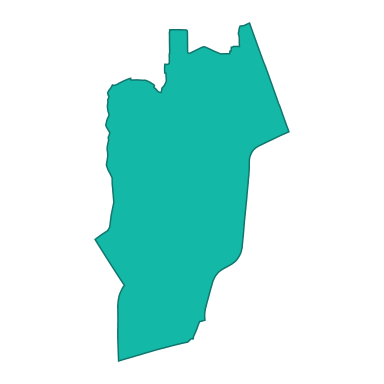 Oshodi/Isolo, Lagos, Nigeria (Robinson projection)
{"feature_id": "59680162B18924931802221", "entity_name": "Oshodi/Isolo", "entity_type": "district", "adm_level": 2, "iso_a3": "NGA", "parent_name": "Nigeria", "parent_adm1": "Lagos", "projection": "robinson", "projection_center": [3.31, 6.537], "detail": "fine", "context": "isolated", "style": "filled", "palette": "teal", "viewbox_px": 384, "rotation_deg": 0, "n_neighbors": 0, "source": "geoboundaries", "source_scale": "gbopen_adm2", "svg_char_len": 4108}
<svg xmlns="http://www.w3.org/2000/svg" viewBox="0 0 384 384"><path d="M288.9,131.8L288.0,129.1L286.7,125.8L282.9,115.2L279.8,106.3L278.6,103.7L277.4,100.1L274.5,91.9L270.7,81.3L268.2,74.2L268.0,73.8L267.8,73.1L267.6,72.5L267.4,72.0L266.9,70.7L266.3,69.1L265.5,66.7L264.2,63.6L263.4,61.7L255.2,39.0L250.7,26.4L249.5,23.0L243.7,25.7L241.6,25.9L240.1,26.1L239.8,26.7L239.4,28.0L239.1,29.1L238.9,30.6L238.4,33.1L238.4,33.8L238.7,35.0L239.0,35.8L239.2,36.9L239.3,39.7L239.3,44.3L239.5,45.1L239.4,45.7L239.4,46.5L236.7,46.4L233.2,46.5L232.7,47.2L231.3,47.2L231.1,51.0L229.9,51.1L229.7,53.7L224.0,53.8L220.6,53.9L218.5,53.0L213.7,51.0L209.0,48.7L204.5,46.8L203.0,46.9L201.1,47.7L194.0,51.2L189.4,53.4L188.7,53.4L187.9,52.7L187.6,51.8L187.5,38.8L187.4,32.7L187.3,31.1L187.1,30.6L186.4,30.0L183.3,29.9L179.3,29.7L169.7,29.8L169.7,31.2L169.8,31.7L169.5,31.8L169.4,32.1L169.5,36.5L169.5,41.3L169.6,48.1L169.7,53.1L169.4,53.3L169.3,54.5L169.2,55.6L169.3,57.8L169.3,61.7L169.3,63.0L168.7,63.9L168.1,64.2L166.8,64.4L165.6,64.3L164.9,64.2L164.7,65.7L164.6,68.0L164.6,70.5L164.8,73.1L165.9,73.2L166.2,77.9L166.3,81.5L165.8,82.3L164.5,85.2L163.1,86.9L161.9,88.2L161.8,89.7L161.5,90.9L161.3,91.8L161.1,92.5L160.3,92.4L159.1,92.2L158.0,91.5L157.3,90.7L155.7,88.8L155.0,88.3L153.8,87.5L153.8,87.3L154.5,85.8L153.9,84.9L153.3,84.3L152.5,83.9L150.0,82.3L147.2,80.9L145.4,80.3L144.6,80.2L143.3,80.3L141.7,80.2L139.2,80.0L136.8,79.9L133.5,80.0L131.5,80.0L130.8,79.9L130.7,78.4L130.3,78.6L129.9,78.5L128.1,79.1L125.9,80.0L122.9,81.3L121.1,82.2L119.0,83.3L116.9,84.5L114.8,85.3L114.6,85.3L114.4,85.3L113.0,85.4L112.4,85.0L112.0,85.8L111.3,87.2L110.3,88.6L108.8,90.5L107.9,92.3L107.7,92.7L107.6,92.8L107.6,93.0L108.3,95.2L108.4,95.3L108.3,95.7L108.8,96.2L108.8,96.5L108.8,97.4L108.6,98.0L108.1,98.9L107.8,99.6L107.7,99.8L107.9,100.7L107.9,101.8L107.9,102.1L107.7,103.6L107.6,104.4L107.4,105.4L107.4,105.5L107.4,107.2L107.7,109.2L107.8,110.2L108.1,111.7L108.6,112.9L109.0,114.2L109.0,114.3L108.9,115.0L108.8,116.0L108.4,117.0L107.7,117.9L107.5,118.3L107.3,119.3L107.0,120.0L106.8,120.5L106.6,121.1L106.4,122.6L105.9,124.3L105.8,124.9L105.8,125.3L106.6,127.4L107.7,129.1L109.7,132.6L109.8,132.7L109.2,135.0L108.3,137.3L108.2,137.4L108.5,139.1L108.5,140.7L108.5,141.0L108.2,142.2L107.9,143.6L107.5,145.2L107.2,147.4L107.1,148.9L107.1,149.1L107.2,150.2L107.6,152.1L107.7,155.3L107.8,155.6L107.4,158.7L106.4,164.8L106.4,165.1L108.1,170.0L109.8,173.1L112.1,177.8L112.2,182.1L112.2,183.4L112.2,183.7L112.2,183.8L112.2,184.1L112.6,187.7L113.8,202.3L112.9,206.9L111.2,215.2L110.6,219.8L109.7,227.2L107.6,230.7L102.2,234.2L97.4,237.7L95.1,239.5L98.6,245.1L102.8,251.8L105.2,255.6L105.4,255.9L111.0,264.8L120.8,279.9L123.8,284.4L124.5,285.4L123.2,286.9L122.1,288.8L120.0,293.4L119.1,296.0L118.2,300.8L117.9,304.8L117.7,306.2L117.9,309.1L117.9,314.3L118.0,321.0L117.9,322.6L117.9,324.3L117.9,326.2L117.9,328.0L117.8,330.3L117.8,332.3L117.8,333.4L117.9,340.4L118.2,350.3L118.4,356.1L118.6,361.0L123.5,359.5L144.3,353.4L150.1,351.7L155.8,350.0L171.4,345.9L181.6,343.4L187.6,342.1L188.1,341.8L190.1,339.8L190.9,338.9L191.4,338.8L193.0,339.0L193.3,338.8L193.4,337.0L193.6,336.3L195.0,333.3L196.9,328.8L198.2,325.0L199.7,321.5L201.3,321.3L203.2,320.7L205.0,320.2L204.8,318.7L204.6,314.9L204.9,311.8L205.5,308.3L206.3,305.2L207.1,302.0L208.6,296.7L211.0,287.7L211.7,285.5L212.2,283.6L213.0,280.9L214.5,277.7L215.5,275.9L216.5,274.6L218.1,272.6L220.1,270.9L222.4,269.3L224.5,268.1L227.9,266.3L229.1,265.6L230.5,264.8L231.6,264.2L234.4,262.1L235.8,260.9L237.2,259.2L237.9,258.2L238.4,257.4L238.9,256.7L240.6,253.4L241.2,251.4L241.7,249.4L242.1,247.6L242.3,245.1L242.7,240.8L243.3,235.0L243.6,231.5L244.5,220.4L245.3,212.6L245.8,207.5L246.0,205.3L246.5,200.8L247.3,191.5L248.2,182.3L248.2,181.7L248.5,177.9L248.8,175.6L248.9,174.1L249.1,170.7L249.3,166.7L249.2,165.0L249.3,162.6L249.3,161.4L249.4,159.8L249.6,158.2L250.0,156.5L250.3,155.7L250.8,154.4L251.5,152.9L252.2,151.7L253.1,150.4L254.3,149.1L255.8,147.8L259.2,145.7L261.2,144.8L266.1,142.4L273.9,138.7L280.7,135.4L285.1,133.5L288.9,131.8Z" fill="#14b8a6" stroke="#0f766e" stroke-width="1.5"/></svg>